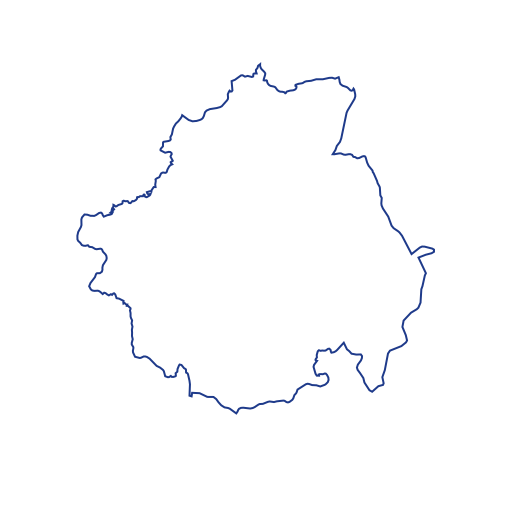 outline of Kayes, rotated 65°
{"feature_id": "MLI-2793", "entity_name": "Kayes", "entity_type": "Region", "adm_level": 1, "iso_a3": "MLI", "parent_name": "Mali", "parent_adm1": "", "projection": "albers", "projection_center": [-10.556, 13.794], "detail": "fine", "context": "isolated", "style": "outline", "palette": "blue", "viewbox_px": 512, "rotation_deg": 65, "n_neighbors": 0, "source": "natural_earth", "source_scale": "10m", "svg_char_len": 6110}
<svg xmlns="http://www.w3.org/2000/svg" viewBox="0 0 512 512"><g transform="rotate(65 256 256)"><path d="M120.0,297.8L119.5,297.8L118.5,296.9L117.3,294.0L113.7,292.2L113.5,291.3L114.8,286.7L114.9,285.1L114.4,284.1L112.0,283.3L110.3,280.9L105.5,277.3L104.0,275.5L102.1,272.6L101.1,269.5L99.4,266.1L98.3,264.4L97.2,263.4L104.3,259.5L107.1,256.6L108.5,252.7L109.0,249.3L109.0,247.5L108.5,245.9L107.1,244.1L104.2,241.5L103.3,239.3L103.4,235.7L105.3,229.1L105.9,225.6L105.8,223.7L102.7,216.5L101.9,215.2L100.7,214.4L97.5,213.2L95.7,211.2L95.0,210.1L96.2,209.6L96.6,208.5L96.0,207.4L87.2,204.2L87.4,200.5L86.0,193.2L86.6,191.7L88.8,190.2L89.3,187.4L92.0,184.1L92.1,182.7L90.0,181.5L89.8,180.5L90.8,178.3L88.5,178.0L87.3,177.4L86.2,175.2L84.5,173.7L83.9,171.2L85.3,171.9L87.2,172.2L89.0,172.0L92.5,170.7L94.3,170.4L95.6,171.1L99.1,174.3L100.0,174.8L100.7,173.8L101.1,172.4L101.7,172.0L103.3,172.4L104.9,172.4L106.6,171.9L108.0,170.9L110.0,168.2L111.2,167.2L114.6,166.5L116.1,165.7L117.3,164.6L118.3,162.7L119.5,161.2L120.9,160.7L120.9,160.1L120.1,158.9L120.0,158.4L120.5,155.3L121.5,152.4L121.7,150.8L121.5,149.6L120.9,148.6L119.9,147.8L119.4,147.8L118.4,148.4L117.6,147.8L117.9,144.8L118.9,141.3L119.0,140.4L118.7,138.4L118.9,136.6L120.5,132.0L121.3,126.6L124.1,120.6L125.5,114.4L126.6,111.7L128.7,109.4L128.9,105.5L131.4,105.9L133.6,106.6L135.8,106.8L138.2,105.6L141.2,102.4L142.6,101.6L145.7,100.5L146.5,99.7L146.7,98.4L145.5,96.9L146.5,96.7L151.2,97.7L153.2,98.5L155.3,100.4L162.9,111.6L164.5,113.4L185.4,129.0L188.1,131.7L190.4,136.2L193.5,139.2L196.2,143.4L196.9,142.0L198.2,137.1L198.9,135.7L201.2,133.6L202.1,132.1L202.9,129.0L203.5,127.6L204.9,126.2L207.3,125.8L208.2,124.4L210.2,123.0L210.8,121.1L210.7,117.6L211.1,115.9L212.0,115.0L213.3,115.0L218.3,115.8L221.8,115.8L227.8,114.3L229.4,114.7L230.6,114.4L239.1,114.6L241.4,115.0L245.4,114.7L246.5,114.9L253.6,117.7L256.5,117.5L261.3,120.2L263.2,120.8L266.6,120.9L276.2,119.5L285.8,120.3L289.0,119.5L293.7,116.7L295.3,116.0L299.4,115.1L320.0,114.2L317.6,104.0L317.6,101.5L318.8,99.2L323.8,93.1L325.4,92.0L327.4,92.9L327.7,95.7L326.6,101.6L326.1,109.4L343.4,109.3L345.0,111.2L353.7,117.9L356.0,120.2L367.8,126.6L371.5,130.7L372.2,132.8L372.9,139.5L376.9,149.5L382.2,153.3L391.1,153.7L396.4,154.8L397.7,156.6L399.1,162.3L398.4,174.6L400.2,177.6L413.9,187.5L419.2,192.7L425.3,194.1L426.5,195.4L425.7,200.1L428.1,208.1L425.6,209.9L416.5,211.2L412.0,210.3L406.0,211.2L402.2,212.0L399.8,211.7L397.5,209.6L395.0,205.0L393.2,203.1L391.5,202.2L389.5,202.6L387.7,206.8L384.9,210.7L381.6,211.7L379.0,213.0L371.7,213.1L375.5,222.3L376.0,224.1L376.1,226.0L375.5,228.5L374.4,228.6L372.8,228.1L371.0,228.7L370.6,229.9L371.1,232.9L370.6,234.3L369.7,235.8L369.2,237.6L368.0,238.8L368.3,239.9L368.8,240.6L371.4,242.8L373.7,243.7L374.7,245.5L375.3,246.0L376.0,245.9L376.8,245.0L379.2,249.4L380.8,250.7L387.9,251.8L390.1,251.5L391.1,249.5L389.9,249.2L390.0,248.1L391.4,245.3L391.6,243.2L392.2,242.4L393.9,241.9L396.7,241.8L399.0,242.6L400.7,244.3L401.7,247.1L401.8,248.3L401.4,252.9L398.7,255.9L396.7,259.7L394.5,261.9L393.6,263.2L393.3,265.0L394.6,274.8L396.7,276.8L397.4,277.7L398.3,280.0L400.8,282.4L401.7,283.9L402.4,287.3L402.2,288.9L401.3,290.1L399.3,291.3L398.6,292.3L396.5,298.6L396.0,301.4L393.6,305.1L393.2,306.9L392.9,312.3L391.7,315.3L391.7,316.6L392.4,321.1L392.4,323.2L391.8,325.7L388.1,331.7L387.3,333.8L387.3,335.9L388.0,337.2L389.2,338.5L390.3,340.4L383.3,344.3L382.0,345.5L379.9,348.5L376.6,350.6L372.7,351.8L368.9,352.5L365.8,354.1L363.1,359.7L356.5,365.1L353.0,371.7L356.0,373.7L354.5,375.3L344.4,370.1L340.9,369.0L334.4,367.6L333.3,367.7L332.1,368.6L329.3,367.5L328.7,367.6L327.3,368.6L323.3,369.6L322.1,371.1L322.6,372.0L325.3,374.9L327.6,376.2L328.3,378.4L330.4,379.1L330.9,379.5L330.9,380.6L330.6,382.2L329.8,383.6L328.7,383.9L329.0,386.0L328.6,387.1L326.6,389.1L321.5,388.2L320.0,388.4L316.6,390.1L313.6,392.5L304.1,395.8L301.4,397.5L300.2,398.9L299.6,400.2L299.6,403.5L299.2,404.6L296.2,408.2L291.5,408.2L290.0,407.7L287.7,406.1L286.8,405.7L283.7,406.0L282.2,405.3L279.3,402.9L276.1,402.2L273.1,400.7L270.5,399.7L267.8,397.8L264.6,397.3L262.0,395.5L259.3,395.5L257.7,395.2L254.7,393.8L252.0,393.2L251.0,392.1L250.3,391.8L247.1,393.1L246.6,394.1L245.6,393.2L245.1,394.2L243.0,395.0L243.1,396.2L241.8,395.8L240.7,395.0L236.7,398.2L235.3,400.2L231.3,399.8L229.8,400.4L229.7,401.2L230.4,402.9L229.3,403.6L229.5,406.0L227.8,407.2L226.1,408.0L225.1,409.1L225.7,411.0L222.7,412.3L221.2,413.3L220.5,414.2L219.4,417.0L218.5,418.4L217.7,419.2L216.4,419.8L212.9,420.0L210.5,417.4L207.1,410.9L204.8,408.6L204.4,407.7L204.6,407.0L205.6,404.7L205.1,402.3L203.6,401.0L201.6,400.1L199.6,398.6L196.3,393.3L194.8,392.2L192.7,391.6L191.0,391.7L187.4,392.9L185.4,392.8L184.3,393.1L183.6,393.9L182.5,397.6L181.6,398.8L178.8,400.7L177.2,403.2L175.2,403.8L174.7,406.3L173.8,407.9L172.5,409.2L169.8,409.7L167.1,410.8L165.5,410.8L162.1,409.3L159.1,407.0L155.7,402.4L154.2,401.1L149.0,398.8L147.5,397.4L145.9,393.9L147.3,391.4L149.7,388.9L151.3,385.5L151.3,383.5L150.7,380.1L151.1,378.2L152.4,377.5L154.4,377.6L156.0,377.3L156.2,373.4L156.8,371.1L157.0,369.1L155.9,367.6L155.1,369.2L153.7,364.9L153.0,365.1L152.6,366.0L152.6,366.7L151.9,366.1L151.0,364.4L149.4,363.6L150.0,363.1L151.8,362.3L152.0,361.3L151.6,359.2L152.1,355.6L151.7,354.7L150.0,353.7L150.0,352.5L151.1,351.4L152.0,349.1L154.3,348.6L155.0,347.5L154.8,346.6L154.0,345.0L154.0,344.7L154.6,344.0L154.7,343.1L154.5,341.2L153.9,339.8L153.5,339.4L152.5,339.0L152.5,338.5L153.1,337.3L152.8,335.9L154.0,333.3L152.9,331.9L153.0,331.4L153.5,331.1L155.0,331.6L156.3,330.6L156.5,330.1L156.2,326.9L155.8,326.0L155.1,325.3L154.9,326.8L154.3,327.7L153.3,328.1L152.0,327.9L152.5,324.6L153.3,323.5L152.3,322.9L150.3,319.6L151.1,317.9L148.8,317.2L145.6,315.1L144.1,314.7L143.7,313.3L143.7,310.3L141.1,307.2L140.9,305.6L141.2,304.7L142.3,303.1L142.4,302.2L142.1,301.4L140.2,299.7L138.1,296.8L137.5,295.1L137.5,293.2L135.9,293.8L134.9,293.7L134.7,292.8L134.8,291.6L134.5,291.2L129.9,291.5L129.1,290.8L128.0,289.3L126.8,289.1L125.5,289.8L124.7,291.2L124.0,294.7L120.0,297.8Z" fill="none" stroke="#1e3a8a" stroke-width="2"/></g></svg>